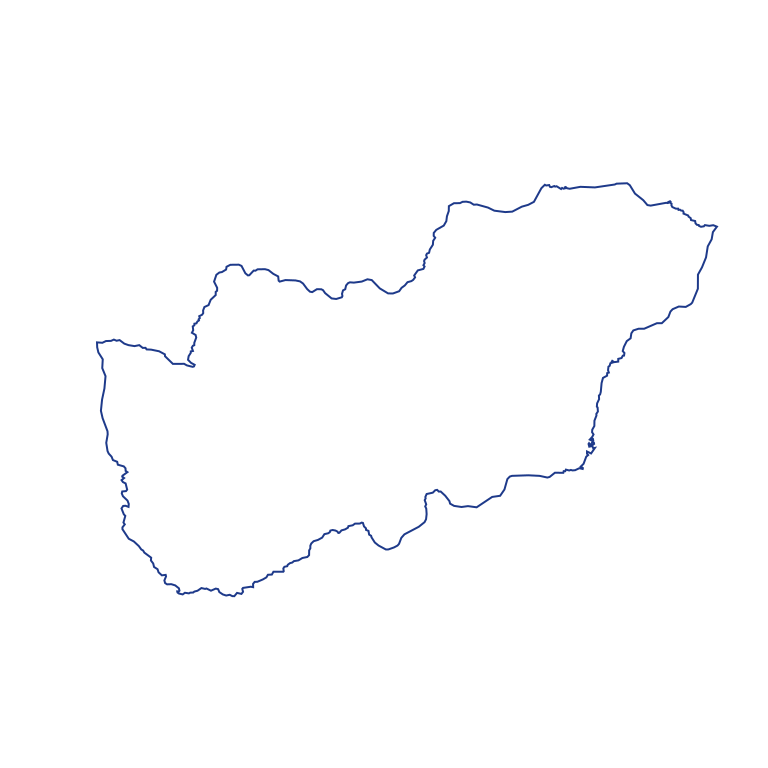 Lom Kao, Phetchabun, Thailand (Mercator projection), rotated 193°
{"feature_id": "78962969B1272323537796", "entity_name": "Lom Kao", "entity_type": "district", "adm_level": 2, "iso_a3": "THA", "parent_name": "Thailand", "parent_adm1": "Phetchabun", "projection": "mercator", "projection_center": [101.252, 16.992], "detail": "fine", "context": "isolated", "style": "outline", "palette": "blue", "viewbox_px": 768, "rotation_deg": 193, "n_neighbors": 0, "source": "geoboundaries", "source_scale": "gbopen_adm2", "svg_char_len": 6147}
<svg xmlns="http://www.w3.org/2000/svg" viewBox="0 0 768 768"><g transform="rotate(193 384 384)"><path d="M127.0,505.7L122.0,513.2L121.2,519.0L119.6,521.8L114.2,525.8L107.3,527.0L103.1,530.8L102.0,532.6L99.6,547.4L102.7,561.2L100.4,569.2L98.7,579.8L99.5,590.9L97.3,598.7L97.7,606.0L95.0,612.2L98.9,612.8L102.6,611.3L107.1,611.0L107.8,609.6L110.5,608.5L112.6,608.9L113.1,609.7L114.9,609.5L116.6,610.6L117.5,612.8L121.7,612.8L122.5,614.6L124.9,615.6L125.5,616.6L130.5,617.4L130.7,618.8L132.0,620.1L133.5,619.8L134.8,620.4L136.2,619.9L136.8,621.0L139.2,620.5L142.9,621.3L144.1,622.7L144.4,624.4L146.3,625.1L145.8,626.0L146.4,626.4L148.0,625.2L147.8,624.4L148.4,624.1L149.9,624.0L164.3,617.8L167.6,617.6L172.7,621.4L182.3,626.0L189.2,633.0L192.2,634.3L202.5,631.5L204.0,630.3L222.7,623.0L237.0,620.3L247.0,616.0L249.6,615.9L251.3,616.8L251.9,616.4L251.4,615.5L253.0,614.7L254.6,615.1L255.3,613.8L260.3,615.5L261.7,614.8L262.6,615.2L265.3,613.4L266.7,613.5L267.8,615.0L270.7,613.9L272.1,614.3L274.7,610.2L278.9,595.2L283.8,591.0L289.6,587.8L297.8,580.8L304.5,578.8L315.5,577.7L322.4,579.3L333.8,579.8L336.9,578.9L340.8,580.3L344.8,580.2L348.4,579.2L350.7,577.3L356.5,575.9L360.8,571.9L359.8,567.1L360.4,561.6L359.9,556.7L361.4,551.8L367.7,546.0L369.5,542.4L368.9,539.5L367.0,538.0L368.3,534.6L367.7,530.7L369.6,525.4L369.6,522.0L371.5,520.7L371.9,519.0L370.6,516.9L372.4,514.3L372.6,512.8L371.6,511.0L372.3,508.6L370.9,507.6L371.5,505.0L376.6,502.3L379.0,496.5L377.7,494.9L379.0,492.0L380.5,490.4L384.0,488.5L385.9,484.7L388.5,481.7L390.1,477.8L395.7,474.2L400.4,473.2L409.6,476.2L419.3,482.5L423.7,482.3L428.7,478.8L436.2,476.0L440.1,475.4L441.7,474.2L443.1,471.5L443.1,467.6L445.0,466.0L445.2,462.4L444.3,460.4L444.6,459.0L449.7,456.1L454.3,455.6L461.8,459.3L464.5,461.7L466.4,462.2L470.7,461.3L474.6,457.4L476.9,457.3L480.2,459.2L485.5,463.7L488.9,465.1L493.6,465.0L503.4,463.1L508.7,460.3L509.9,461.0L511.3,465.0L516.6,466.4L522.2,469.0L525.8,469.1L533.0,467.3L534.7,465.5L536.5,465.2L539.7,459.7L541.0,459.2L544.0,460.7L549.4,467.0L552.3,467.6L560.5,465.6L563.8,462.8L563.6,460.0L567.1,456.6L569.5,455.6L571.9,452.7L572.6,445.5L568.2,440.2L567.6,437.3L568.7,435.9L568.0,432.8L571.8,427.1L572.7,421.4L576.3,418.6L576.8,415.0L576.1,412.4L576.8,410.6L579.3,408.5L578.3,406.8L579.2,405.3L578.6,404.3L579.9,402.9L580.4,400.9L582.3,400.1L582.0,398.5L583.3,397.1L582.0,393.5L582.7,390.7L578.6,389.4L577.4,387.0L578.1,381.5L577.6,379.1L578.8,378.3L579.5,376.2L577.6,373.2L579.6,372.3L579.3,370.8L580.6,367.2L580.4,363.5L576.8,361.2L572.8,360.1L573.1,358.4L574.2,357.7L576.4,357.7L580.3,357.8L583.3,358.7L594.2,356.1L603.6,361.8L604.2,363.6L610.5,365.3L618.6,365.1L623.1,364.3L624.5,365.6L627.2,364.9L631.2,366.8L635.6,364.8L641.7,364.4L646.1,364.9L651.5,367.3L654.3,366.0L657.2,366.5L659.7,364.6L664.6,363.3L667.7,360.8L673.0,360.0L671.7,355.2L669.4,350.5L663.6,344.8L662.1,336.1L657.1,329.0L655.4,316.7L655.2,305.4L653.8,294.2L650.5,287.4L642.8,275.8L641.9,272.8L641.4,264.2L638.3,256.5L636.6,254.3L633.1,251.9L631.0,248.9L626.5,248.2L625.2,245.5L619.0,245.2L616.9,243.7L616.2,241.2L614.2,240.4L618.2,235.8L618.2,234.8L616.1,233.9L618.1,231.3L616.3,229.7L613.4,229.0L610.5,223.3L611.3,221.6L614.9,220.4L614.9,218.4L613.1,215.9L607.7,212.7L605.7,209.7L605.3,206.8L608.5,207.2L610.7,206.5L611.8,203.7L608.2,198.5L606.4,197.3L606.7,190.4L605.0,188.9L606.6,185.5L606.2,183.7L597.9,175.8L592.3,174.3L586.4,170.9L583.3,168.2L581.2,167.5L579.6,165.8L571.8,162.4L571.4,159.6L568.5,157.2L566.9,154.0L563.0,152.6L561.3,149.8L557.4,147.6L553.8,148.9L553.1,147.5L553.8,143.2L552.5,140.8L550.3,140.0L546.2,141.1L542.1,140.8L537.9,138.8L536.8,136.6L537.2,135.8L538.8,135.4L538.3,134.4L536.7,133.7L532.8,133.7L531.0,135.8L527.0,136.1L525.9,137.1L523.0,137.9L522.1,139.1L519.2,140.6L516.0,144.1L512.2,144.1L511.0,144.8L506.1,143.7L501.9,146.8L499.5,146.8L497.6,144.2L493.7,142.7L490.2,142.4L486.9,143.9L484.1,143.2L482.1,143.6L480.2,147.4L475.7,147.4L474.6,149.8L476.0,152.5L475.5,153.6L468.2,156.5L465.8,156.6L466.6,159.8L465.5,162.1L462.9,162.8L458.1,166.3L455.1,169.1L454.2,172.0L450.4,173.1L449.5,176.2L439.9,178.4L439.6,179.0L440.6,181.7L439.9,183.5L437.3,184.7L437.1,186.2L435.3,188.3L433.2,189.4L432.0,191.1L427.7,192.9L424.4,196.1L419.8,198.2L418.5,200.4L419.5,205.1L418.8,207.2L419.4,209.9L419.0,212.2L417.2,215.0L413.3,217.2L409.7,220.4L408.3,224.3L404.8,226.0L403.5,227.4L403.3,229.1L401.2,230.2L398.3,230.3L396.1,229.7L395.0,228.6L394.0,229.0L392.5,231.8L389.2,233.6L386.8,235.9L386.7,237.5L382.7,239.3L380.9,241.4L376.1,242.6L374.6,243.9L373.3,243.9L371.4,240.7L369.1,239.3L368.7,237.8L366.1,237.4L364.6,233.9L362.4,233.2L361.6,231.7L357.3,227.5L353.0,225.4L345.0,223.2L342.5,223.8L337.5,227.0L334.5,229.6L333.4,231.6L332.5,238.0L330.3,242.1L318.0,252.7L313.4,258.5L312.6,261.7L313.2,266.8L314.8,272.1L316.3,274.0L315.8,276.2L318.2,280.0L317.7,281.9L318.3,283.2L317.7,286.4L312.0,289.1L310.2,292.0L308.4,292.8L306.4,291.5L304.6,292.0L299.2,288.9L293.9,284.6L292.7,282.3L288.3,281.0L280.8,281.6L274.7,283.9L266.0,284.7L253.2,298.3L245.7,301.2L242.9,308.3L242.4,319.1L240.6,322.1L238.6,323.3L222.9,327.5L211.7,329.5L203.8,329.6L201.7,330.7L197.5,336.0L189.3,337.8L189.3,339.5L187.8,339.8L187.5,341.5L184.1,341.4L182.6,342.3L180.9,342.2L178.4,343.0L174.7,345.9L171.3,345.9L171.3,346.8L173.7,347.8L171.6,351.1L170.6,358.7L169.1,360.7L170.5,361.7L171.0,363.9L166.6,362.9L164.1,369.2L165.7,368.5L167.1,370.4L169.9,369.1L171.2,371.6L170.9,372.4L169.6,371.2L167.1,371.4L165.8,372.9L166.3,374.0L168.2,373.4L167.4,376.0L168.1,377.5L169.5,377.3L169.6,375.8L171.0,376.1L169.2,379.3L168.5,382.0L170.4,383.8L170.8,386.3L169.6,390.4L170.7,395.6L169.9,401.1L170.4,402.6L169.4,405.3L170.6,409.2L171.5,409.8L172.0,413.1L171.0,417.6L172.0,421.1L171.1,422.4L171.0,425.1L172.2,433.9L172.0,439.2L168.5,442.3L169.0,444.8L167.5,445.7L168.8,447.8L169.2,451.4L168.2,452.5L168.1,455.1L166.6,456.0L167.3,456.3L166.8,457.9L164.6,457.1L160.8,458.5L161.4,461.2L158.4,462.7L157.7,465.3L156.5,465.7L156.7,468.3L158.8,469.8L158.6,474.2L157.1,480.4L154.0,484.0L154.4,489.0L153.1,492.3L148.4,495.1L142.9,496.4L131.8,504.6L127.0,505.7Z" fill="none" stroke="#1e3a8a" stroke-width="2"/></g></svg>